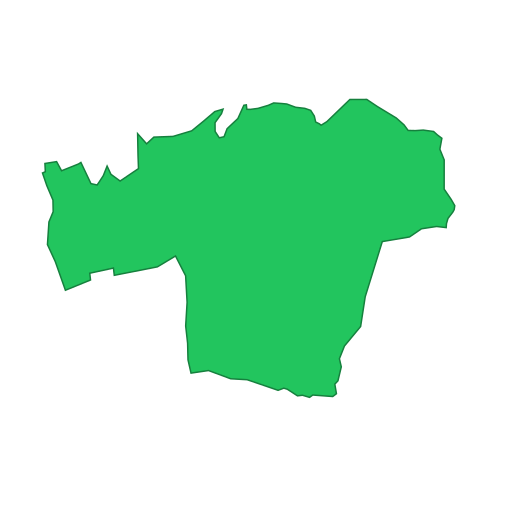 outline of Zaаmin, Jizzakh, Uzbekistan, rotated 261°
{"feature_id": "79887680B19323950575966", "entity_name": "Zaаmin", "entity_type": "district", "adm_level": 2, "iso_a3": "UZB", "parent_name": "Uzbekistan", "parent_adm1": "Jizzakh", "projection": "albers", "projection_center": [68.428, 39.88], "detail": "fine", "context": "isolated", "style": "filled", "palette": "green", "viewbox_px": 512, "rotation_deg": 261, "n_neighbors": 0, "source": "geoboundaries", "source_scale": "gbopen_adm2", "svg_char_len": 1499}
<svg xmlns="http://www.w3.org/2000/svg" viewBox="0 0 512 512"><g transform="rotate(261 256 256)"><path d="M368.1,123.0L359.3,117.8L354.2,113.2L351.0,110.2L353.3,104.3L375.8,97.7L374.7,95.2L370.6,77.3L380.4,73.8L380.4,62.0L372.2,61.1L371.4,58.1L358.2,60.4L343.0,64.2L331.5,62.6L322.0,56.8L299.9,51.8L281.8,56.9L252.0,62.4L258.2,88.8L265.0,89.1L266.4,113.3L259.1,113.0L260.7,156.9L268.6,176.5L247.5,183.4L221.0,180.7L197.9,175.6L180.5,174.8L164.1,172.6L150.5,173.5L150.3,191.2L138.7,211.8L135.2,227.9L119.9,256.8L121.1,262.8L119.5,266.1L111.4,275.1L111.2,280.1L108.0,286.8L109.8,290.3L105.2,309.8L107.4,313.9L117.1,313.8L119.9,317.4L133.2,322.9L141.5,322.3L153.3,329.3L170.0,348.3L198.7,357.5L250.5,383.0L250.8,410.6L257.0,423.7L256.9,439.0L254.3,448.3L258.2,449.2L263.1,451.5L268.6,457.3L270.8,459.0L274.6,460.2L281.4,457.6L292.6,452.3L321.5,456.9L332.7,454.3L343.2,458.0L347.2,454.1L351.2,450.9L354.2,440.9L354.9,433.1L356.2,425.9L362.4,422.7L370.4,416.1L384.7,399.2L393.3,389.9L395.9,373.2L377.6,347.0L375.0,340.8L376.7,339.2L379.0,335.9L385.1,335.5L391.3,332.8L394.2,327.3L396.7,318.4L401.3,310.2L402.6,305.2L404.4,297.4L402.9,291.7L401.5,281.1L401.7,273.3L402.3,269.9L406.8,270.1L406.8,267.6L394.6,259.6L386.3,247.4L378.8,243.1L378.5,238.2L385.4,235.1L394.1,236.4L402.0,244.2L406.2,246.4L405.1,237.9L397.4,225.3L389.7,212.1L387.1,192.8L389.4,173.7L383.9,165.5L395.3,158.2L373.7,155.2L360.7,153.6L351.3,133.5L359.4,125.5L368.1,123.0Z" fill="#22c55e" stroke="#15803d" stroke-width="1.5"/></g></svg>